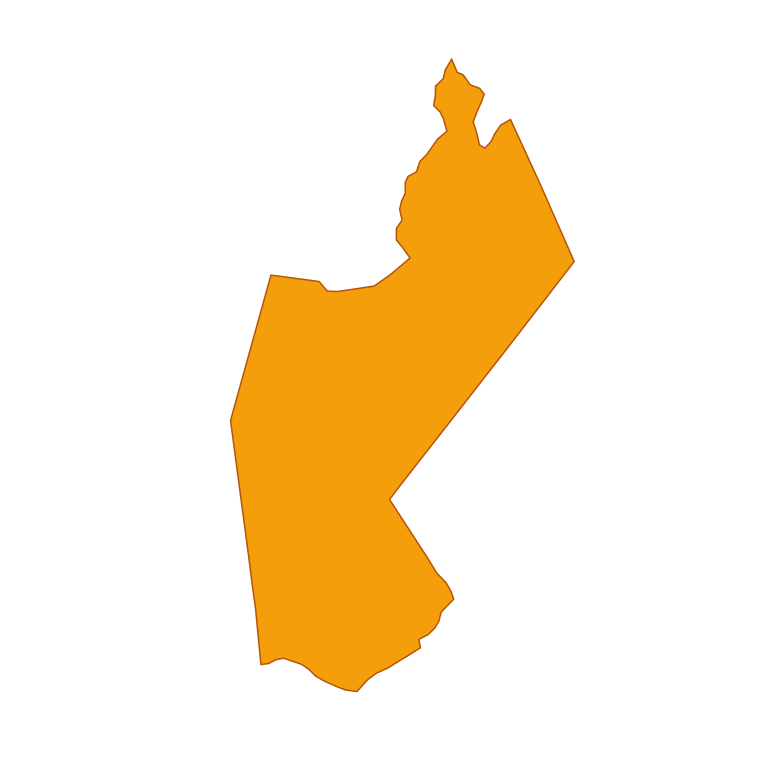 the district of Matriz de Camaragibe, Alagoas, Brazil, rotated 247°
{"feature_id": "56859067B60673202166209", "entity_name": "Matriz de Camaragibe", "entity_type": "district", "adm_level": 2, "iso_a3": "BRA", "parent_name": "Brazil", "parent_adm1": "Alagoas", "projection": "equal_earth", "projection_center": [-35.571, -9.107], "detail": "fine", "context": "isolated", "style": "filled", "palette": "amber", "viewbox_px": 768, "rotation_deg": 247, "n_neighbors": 0, "source": "geoboundaries", "source_scale": "gbopen_adm2", "svg_char_len": 1215}
<svg xmlns="http://www.w3.org/2000/svg" viewBox="0 0 768 768"><g transform="rotate(247 384 384)"><path d="M172.4,177.0L170.8,184.4L164.9,191.1L158.2,198.5L151.0,203.2L141.7,207.0L134.7,212.3L129.7,216.8L123.8,222.3L117.4,229.0L111.5,238.9L118.2,253.4L120.8,264.3L121.0,275.8L122.9,288.4L124.8,301.2L127.0,314.5L135.3,316.3L136.2,327.0L139.6,335.7L144.5,342.1L151.6,347.4L154.7,354.5L158.7,364.1L167.5,364.6L176.4,363.6L189.4,358.7L206.3,356.2L275.5,344.0L284.0,358.7L324.2,431.3L372.4,518.0L422.4,606.9L505.5,605.9L578.1,603.8L576.7,592.6L570.6,583.1L565.3,577.3L561.7,569.0L566.9,565.3L574.0,566.6L581.1,567.7L590.5,568.5L599.1,576.9L606.1,584.4L611.6,589.4L618.7,587.6L625.8,580.2L637.6,577.7L642.3,573.2L656.5,573.2L649.3,563.2L641.9,557.8L638.0,547.8L629.5,544.0L620.9,538.5L612.6,541.9L605.2,542.4L592.0,540.6L588.5,529.0L578.7,513.3L574.6,503.7L566.6,496.8L565.7,487.2L561.1,482.2L551.5,478.3L545.7,471.8L538.6,466.6L527.8,464.7L522.5,456.3L511.9,451.7L501.6,454.6L489.8,457.2L482.3,433.1L478.0,413.2L487.2,377.7L491.6,368.1L503.6,364.4L528.4,322.5L410.4,228.5L284.2,193.7L261.5,187.4L251.1,184.4L227.8,178.1L173.8,161.1L171.8,168.6L172.4,177.0Z" fill="#f59e0b" stroke="#b45309" stroke-width="1.5"/></g></svg>